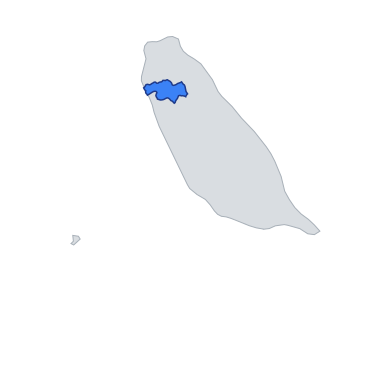 Hsinchu highlighted on a map of Taiwan, rotated 307°
{"feature_id": "TWN-1162", "entity_name": "Hsinchu", "entity_type": "County", "adm_level": 1, "iso_a3": "TWN", "parent_name": "Taiwan", "parent_adm1": "", "projection": "natural_earth1", "projection_center": [121.134, 24.693], "detail": "fine", "context": "in_parent", "style": "filled", "palette": "blue", "viewbox_px": 384, "rotation_deg": 307, "n_neighbors": 0, "source": "natural_earth", "source_scale": "10m", "svg_char_len": 2036}
<svg xmlns="http://www.w3.org/2000/svg" viewBox="0 0 384 384"><g transform="rotate(307 192 192)"><path d="M248.4,265.6L244.5,274.4L241.4,283.6L240.1,292.4L240.2,301.5L239.3,309.6L237.7,317.7L231.6,315.4L228.3,309.6L227.6,300.1L223.1,288.6L221.5,285.3L215.1,278.9L209.3,275.7L204.8,271.0L205.4,271.4L202.1,265.0L199.6,258.2L194.4,239.0L192.7,234.3L190.3,230.1L189.6,225.9L190.4,221.2L192.7,214.2L194.1,207.2L193.0,197.6L193.4,188.1L195.1,183.9L224.7,126.2L232.7,113.9L237.6,107.9L241.7,101.1L245.6,92.5L250.4,84.6L253.8,82.2L270.7,75.1L276.0,68.4L280.2,66.3L285.0,66.4L288.1,69.7L290.8,73.5L293.7,75.5L301.2,79.3L304.5,82.9L306.0,89.1L301.4,95.0L299.2,100.3L298.8,106.1L299.6,114.1L299.7,122.0L294.0,140.7L287.9,152.4L286.3,158.2L284.4,172.5L280.8,187.0L277.8,205.3L272.8,224.2L270.0,232.1L266.4,239.6L258.0,253.9L248.4,265.6ZM85.6,122.9L88.3,127.9L87.1,131.0L78.5,129.4L78.0,126.4L81.3,126.9L85.6,122.9Z" fill="#d9dde1" stroke="#a8b0b8" stroke-width="1"/><path d="M242.5,98.1L242.9,97.5L243.0,96.5L243.2,95.7L243.7,95.0L244.4,94.4L245.0,94.2L244.9,93.9L245.1,93.1L245.6,91.6L246.1,90.7L246.9,91.0L250.1,90.7L251.2,91.6L252.2,93.8L253.3,94.3L254.4,94.6L255.3,95.1L257.0,95.7L257.8,96.8L257.6,98.3L258.4,99.3L259.9,99.8L260.9,100.6L261.7,101.4L262.6,101.6L263.5,101.5L264.3,102.4L264.9,103.6L266.0,104.1L266.8,104.8L266.9,106.1L267.2,108.0L266.8,110.0L265.7,111.7L265.8,112.8L267.0,113.9L268.5,114.8L269.8,115.1L270.8,115.8L272.5,116.9L273.7,117.4L273.1,119.1L272.8,120.4L272.9,121.5L272.0,123.0L268.7,126.7L267.7,129.4L267.0,129.2L264.5,129.5L264.3,129.6L264.1,128.3L263.1,126.3L262.3,125.5L262.0,124.3L260.8,123.3L257.8,124.1L256.6,124.0L255.0,124.1L253.2,124.7L252.2,124.4L252.4,123.1L252.7,121.9L252.5,120.9L252.3,120.1L252.5,119.3L252.7,118.4L252.8,117.4L252.6,116.0L251.7,115.1L248.8,113.7L247.4,112.5L246.4,111.3L245.4,108.5L246.0,107.7L246.5,106.2L247.3,105.1L248.7,104.5L250.0,104.3L250.5,103.9L250.7,102.9L250.3,102.0L249.4,101.0L248.1,100.3L244.5,99.0L242.5,98.1Z" fill="#3b82f6" stroke="#1e3a8a" stroke-width="1.5"/></g></svg>